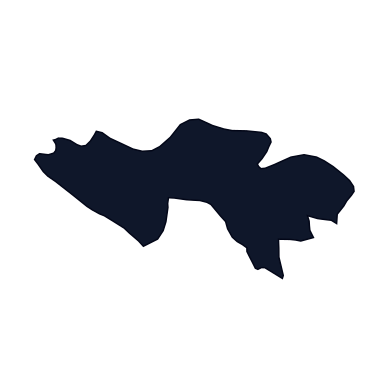 outline of Al-Adhamiya, Diyala, Iraq, rotated 98°
{"feature_id": "34846034B20026231535079", "entity_name": "Al-Adhamiya", "entity_type": "district", "adm_level": 2, "iso_a3": "IRQ", "parent_name": "Iraq", "parent_adm1": "Diyala", "projection": "equal_earth", "projection_center": [44.388, 33.48], "detail": "fine", "context": "isolated", "style": "filled", "palette": "ink", "viewbox_px": 384, "rotation_deg": 98, "n_neighbors": 0, "source": "geoboundaries", "source_scale": "gbopen_adm2", "svg_char_len": 1766}
<svg xmlns="http://www.w3.org/2000/svg" viewBox="0 0 384 384"><g transform="rotate(98 192 192)"><path d="M203.1,44.4L193.8,45.1L184.8,39.8L179.2,37.5L173.1,33.7L168.8,31.6L165.0,32.6L164.1,32.8L158.8,37.5L154.1,44.2L147.2,55.8L142.8,65.3L140.1,73.5L139.5,86.2L143.7,98.9L151.0,110.5L153.3,114.1L158.3,122.8L159.3,127.0L157.5,129.6L155.2,131.2L149.2,127.3L141.6,123.6L136.5,122.3L131.5,120.7L128.3,121.9L124.2,126.6L123.3,131.4L123.9,146.6L125.6,160.8L125.2,169.3L123.3,181.0L120.3,191.0L119.0,195.5L121.0,204.4L126.9,212.9L140.9,221.1L151.5,230.2L156.7,237.5L158.6,246.9L157.7,256.4L154.2,267.7L150.3,280.5L150.2,280.8L145.8,289.2L145.2,295.2L149.0,296.6L155.7,299.7L160.7,303.5L162.1,308.2L161.1,312.6L157.9,319.9L156.8,327.7L157.3,331.9L159.0,334.3L159.9,336.5L162.7,334.1L164.0,333.3L167.0,332.7L169.9,332.7L172.7,334.3L175.1,339.4L175.2,342.1L175.3,348.3L177.8,351.1L181.8,352.4L185.8,348.3L192.5,342.1L196.4,336.9L200.1,329.5L200.5,328.7L211.6,309.5L220.9,293.9L223.7,287.9L226.5,280.5L227.7,275.5L228.9,272.8L231.6,266.6L237.2,254.1L241.3,248.4L247.9,238.1L252.5,232.6L243.4,219.5L236.0,216.0L234.3,215.2L225.1,213.7L218.7,213.7L210.6,213.7L206.8,214.5L200.9,214.5L200.4,208.7L200.4,202.3L200.4,196.6L199.8,188.7L199.3,183.0L200.1,175.8L200.8,173.9L201.7,171.5L211.7,160.5L216.6,154.6L223.5,151.6L228.2,148.0L231.1,145.8L233.8,141.8L234.8,140.3L237.0,134.8L237.7,133.5L239.6,129.9L243.3,129.3L247.1,126.7L253.9,121.9L258.7,118.6L259.4,116.0L257.2,112.8L256.8,109.3L265.0,90.5L262.0,90.0L244.4,96.9L235.7,98.2L230.7,99.1L226.7,99.8L225.3,88.5L225.1,82.9L225.4,77.5L220.2,65.4L216.9,67.7L213.5,70.0L208.9,71.1L204.5,72.0L199.3,74.4L200.8,64.0L200.8,60.8L200.7,54.5L200.6,51.0L200.6,50.1L203.1,44.4Z" fill="#0f172a" stroke="#020617" stroke-width="1.5"/></g></svg>